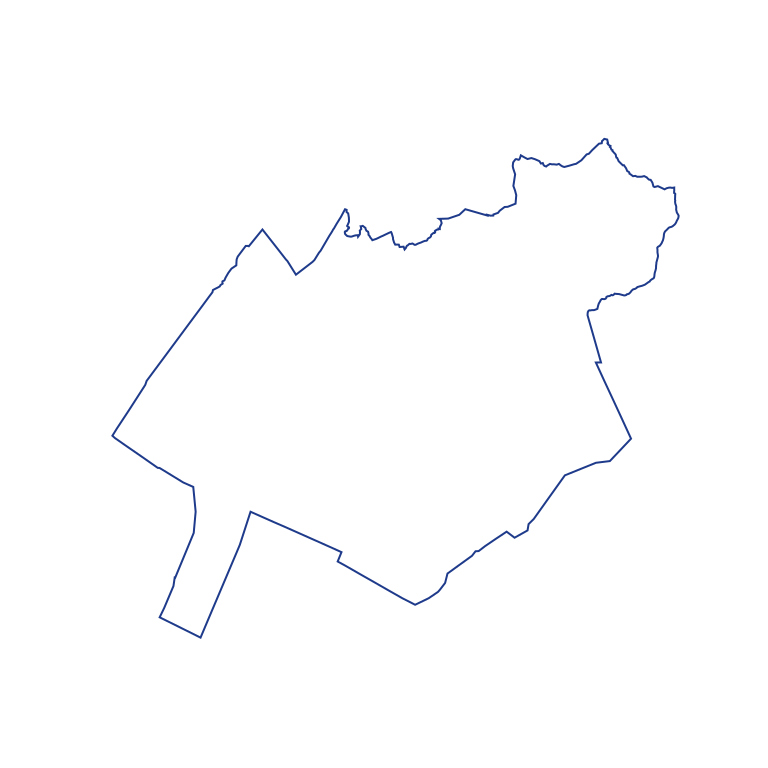 Texcaltitlán, México, Mexico (Robinson projection), rotated 193°
{"feature_id": "50627088B83838982860206", "entity_name": "Texcaltitlán", "entity_type": "district", "adm_level": 2, "iso_a3": "MEX", "parent_name": "Mexico", "parent_adm1": "México", "projection": "robinson", "projection_center": [-99.939, 18.941], "detail": "fine", "context": "isolated", "style": "outline", "palette": "blue", "viewbox_px": 768, "rotation_deg": 193, "n_neighbors": 0, "source": "geoboundaries", "source_scale": "gbopen_adm2", "svg_char_len": 6141}
<svg xmlns="http://www.w3.org/2000/svg" viewBox="0 0 768 768"><g transform="rotate(193 384 384)"><path d="M537.2,507.2L546.7,487.8L547.7,487.9L549.8,487.4L555.2,475.2L555.6,472.3L555.2,469.6L554.6,466.4L558.4,462.3L558.8,461.6L560.7,457.2L562.3,452.0L562.8,449.1L563.4,448.5L564.4,447.8L564.5,447.1L564.3,446.6L563.8,445.5L565.6,443.6L566.0,442.1L567.9,440.4L569.6,439.0L571.8,437.1L571.8,434.9L572.3,433.7L574.1,429.7L575.3,426.9L579.5,417.2L584.5,405.8L595.0,381.7L605.5,357.6L616.0,333.6L616.4,329.5L626.6,301.1L634.2,280.7L637.0,272.5L634.0,270.8L622.6,266.2L603.2,258.5L585.6,251.4L583.8,251.7L570.0,247.1L557.5,242.9L546.7,240.8L538.8,217.2L535.9,196.1L539.9,172.1L543.9,148.2L544.4,148.3L543.7,139.8L547.8,116.3L550.1,106.2L543.8,104.7L525.3,100.3L505.7,95.6L501.5,119.7L496.7,146.9L490.8,180.5L489.8,186.2L488.3,194.9L485.3,229.5L472.9,227.1L460.5,224.7L448.0,222.4L435.6,220.0L432.5,219.4L414.5,215.9L399.6,213.0L387.6,210.6L389.2,200.6L381.6,198.5L363.4,193.0L348.3,188.5L333.1,183.9L318.0,179.4L304.0,175.9L292.3,185.3L284.6,193.6L283.2,196.2L279.7,203.9L279.5,213.6L270.1,224.4L259.6,236.4L257.2,241.6L254.2,242.5L249.0,248.8L240.2,258.3L231.3,267.7L222.2,263.6L211.2,273.6L211.6,280.0L207.7,286.2L197.5,310.9L187.2,335.7L173.5,345.3L159.8,354.9L146.6,359.7L137.9,374.5L131.0,386.3L144.9,404.3L157.4,420.4L169.9,436.4L182.4,452.6L177.4,453.8L189.2,475.2L201.1,496.7L201.4,498.2L201.6,499.9L201.4,500.4L201.2,501.3L200.5,502.0L199.6,502.1L198.1,502.7L196.0,503.2L194.4,504.2L193.7,504.7L193.0,505.2L193.0,508.5L192.8,510.8L192.1,512.9L191.8,514.3L191.0,515.7L190.3,516.0L189.3,516.1L188.5,516.2L187.3,516.9L186.8,518.0L186.9,518.7L186.1,519.6L185.3,520.0L184.4,520.3L183.7,520.7L183.1,521.3L182.4,522.0L181.7,521.9L181.1,521.9L180.4,522.5L179.6,523.9L178.3,524.0L176.5,524.3L175.1,524.5L172.6,524.4L169.9,524.3L168.8,524.7L167.9,525.3L167.7,525.9L167.1,526.3L166.6,526.4L165.7,527.0L164.6,528.6L163.7,530.7L162.5,532.3L160.9,533.1L159.6,534.3L158.9,535.5L157.9,536.0L156.9,536.6L155.7,537.2L154.4,537.9L152.1,539.5L149.6,542.3L149.2,542.8L148.2,543.6L147.9,544.6L147.1,545.7L145.9,547.0L145.3,547.4L144.9,548.1L144.8,549.1L144.9,550.5L145.1,551.7L145.2,553.7L145.1,554.5L145.0,556.1L145.0,557.8L145.2,559.0L145.5,560.5L145.7,562.6L145.9,563.5L145.7,569.6L145.8,570.3L145.9,570.7L147.2,573.9L147.5,575.3L147.7,576.2L148.4,578.2L148.0,579.2L147.2,580.0L146.4,580.7L145.7,582.3L145.2,583.5L144.9,585.1L144.6,586.4L144.5,587.3L144.5,588.4L144.5,589.6L144.7,591.6L144.9,592.7L144.9,593.7L144.8,594.7L144.4,596.0L143.7,597.0L143.3,597.6L142.4,599.1L141.7,600.3L140.8,601.0L139.6,601.6L138.4,602.5L136.7,604.7L136.1,605.9L135.7,607.2L135.4,609.0L134.9,610.6L134.6,611.9L134.7,614.1L135.5,615.2L137.2,616.9L138.1,618.7L138.6,619.7L138.8,621.1L139.2,622.7L139.9,624.0L140.6,625.0L141.4,627.0L141.5,628.4L141.9,629.0L142.5,632.2L142.7,632.8L142.7,633.1L142.9,634.5L143.1,635.0L144.3,635.4L144.5,636.2L144.8,638.2L145.2,639.7L145.4,640.7L147.4,639.9L149.4,639.8L151.0,639.2L152.7,638.3L154.4,636.8L161.6,638.4L164.7,636.8L165.9,637.1L167.8,640.6L170.1,642.9L171.6,642.7L173.5,643.7L174.4,644.4L177.3,645.1L179.4,644.0L183.8,642.9L186.0,643.3L188.1,642.5L190.8,643.7L192.2,644.2L192.3,644.8L193.1,645.7L194.9,646.2L196.7,648.7L199.5,651.2L200.5,650.8L202.8,652.2L205.5,653.9L207.6,656.7L208.5,656.9L209.0,657.8L209.8,659.6L210.6,660.3L211.6,660.9L212.6,661.6L213.4,662.2L213.8,662.4L213.9,663.2L215.2,663.6L215.9,664.6L216.3,665.2L217.1,665.7L216.8,666.1L216.8,666.9L218.2,667.2L219.6,667.9L220.4,668.8L219.9,669.2L220.5,670.4L221.5,672.4L224.5,672.4L225.7,670.4L226.2,669.8L226.0,667.6L228.6,666.5L233.7,658.8L236.2,654.4L238.2,653.3L242.0,646.4L246.3,641.8L247.1,641.4L248.2,640.9L252.4,638.5L255.6,636.8L257.2,636.0L259.2,636.2L260.7,636.7L263.1,637.8L265.0,636.6L267.9,636.3L269.7,635.8L271.8,635.8L274.3,633.3L274.9,632.4L276.7,632.6L277.9,633.4L279.0,635.0L280.7,634.1L282.7,636.1L287.5,637.0L291.2,637.3L294.8,635.5L298.2,636.4L302.1,637.6L302.3,635.0L302.7,633.2L303.5,632.7L305.3,632.9L306.2,632.7L306.7,632.0L308.0,629.0L307.6,625.3L306.6,623.1L303.4,617.8L302.5,606.1L299.9,602.1L297.6,597.7L296.4,589.3L303.3,584.5L306.3,583.6L310.2,578.9L311.4,576.4L315.5,573.8L315.4,572.7L318.1,572.0L321.4,572.1L321.6,572.1L321.2,571.4L344.1,572.6L348.7,565.8L358.7,559.6L367.5,557.3L365.5,556.4L364.0,553.7L364.3,551.9L364.8,550.0L364.8,548.8L364.5,547.6L365.9,547.6L365.8,546.8L367.5,546.1L368.1,545.2L368.5,545.0L368.8,544.5L368.5,543.8L368.3,543.3L368.7,542.5L369.7,542.4L371.5,540.1L371.5,538.4L371.9,537.5L372.3,537.0L373.3,536.2L373.8,535.6L374.1,535.1L374.2,534.1L374.3,533.7L375.1,533.0L376.3,532.7L378.1,531.5L379.9,530.1L382.0,528.8L383.3,527.8L384.3,526.9L385.2,526.5L386.2,526.7L386.9,527.0L387.9,527.3L388.7,526.9L389.4,526.5L390.7,526.3L391.2,525.7L392.0,524.5L392.7,523.9L393.1,522.8L393.2,521.7L393.8,520.5L394.2,519.7L394.5,520.1L395.2,521.3L395.8,522.2L399.6,521.0L400.9,523.1L401.7,523.0L403.4,522.6L404.4,522.3L406.0,524.1L407.2,526.2L407.8,527.2L408.1,528.5L410.4,532.6L411.3,533.7L411.5,533.6L413.0,532.5L414.4,531.4L416.8,529.5L418.0,528.5L419.2,527.6L419.4,527.5L420.8,526.4L422.7,524.8L422.9,524.7L424.0,523.8L427.7,521.5L428.7,522.5L429.7,523.2L430.6,524.0L431.3,524.9L432.7,525.9L433.0,527.3L433.8,528.8L435.6,529.4L436.8,530.9L437.2,531.9L438.3,532.4L440.3,533.3L441.7,532.5L442.2,532.4L441.0,529.9L441.4,529.3L442.1,527.9L441.7,527.1L441.2,524.6L442.4,521.7L443.0,523.1L444.9,522.5L446.2,521.9L448.8,520.3L450.2,520.0L452.8,519.9L453.1,519.9L455.4,521.2L455.5,521.4L455.9,521.9L456.2,522.7L456.4,523.4L456.1,524.0L455.9,523.9L455.4,524.3L455.1,524.5L454.7,524.8L454.6,525.2L454.3,525.8L454.1,526.2L454.0,526.6L453.9,527.1L453.6,527.4L453.3,527.6L453.2,528.0L453.2,528.4L453.4,528.7L453.6,528.9L453.9,528.8L454.5,529.1L454.8,529.2L455.3,529.5L455.5,529.7L455.3,530.2L454.6,534.2L455.6,538.1L457.3,542.2L459.2,543.2L459.6,545.3L461.3,545.5L463.6,536.9L464.9,533.2L466.3,529.1L467.8,524.1L468.3,523.2L468.7,521.6L469.3,519.7L470.6,516.1L475.7,499.7L476.9,497.3L479.7,489.1L480.4,488.0L481.1,486.9L494.4,470.7L505.8,482.1L507.5,483.2L518.7,492.3L537.2,507.2Z" fill="none" stroke="#1e3a8a" stroke-width="2"/></g></svg>